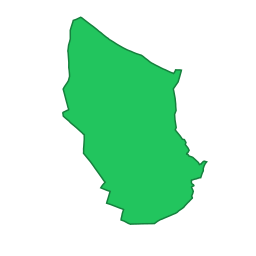 the district of Afaq, Al-Qādisiyyah, Iraq, rotated 198°
{"feature_id": "34846034B39567841057501", "entity_name": "Afaq", "entity_type": "district", "adm_level": 2, "iso_a3": "IRQ", "parent_name": "Iraq", "parent_adm1": "Al-Qādisiyyah", "projection": "mercator", "projection_center": [45.306, 32.022], "detail": "fine", "context": "isolated", "style": "filled", "palette": "green", "viewbox_px": 256, "rotation_deg": 198, "n_neighbors": 0, "source": "geoboundaries", "source_scale": "gbopen_adm2", "svg_char_len": 3079}
<svg xmlns="http://www.w3.org/2000/svg" viewBox="0 0 256 256"><g transform="rotate(198 128 128)"><path d="M177.4,112.5L175.2,111.5L171.9,110.0L170.4,109.4L168.7,108.4L167.7,108.3L166.6,105.2L166.1,103.7L164.5,97.5L163.8,94.4L162.9,91.9L162.5,90.2L157.5,87.0L153.4,84.4L148.6,80.9L147.5,80.0L144.9,78.1L141.5,75.6L139.9,74.4L137.6,72.7L134.9,70.6L133.0,69.4L134.5,65.9L135.0,64.3L135.4,62.7L132.8,62.5L128.6,62.2L126.4,62.2L125.4,62.2L125.2,54.4L125.2,51.7L125.1,49.9L121.0,49.9L113.9,49.5L110.5,49.3L108.5,49.3L107.0,49.1L107.0,45.0L106.6,41.8L106.5,39.9L106.2,38.4L103.0,38.3L98.2,37.4L95.8,37.3L94.9,37.8L93.6,38.2L89.6,39.6L88.7,39.9L86.3,40.8L82.3,42.2L75.5,44.5L73.3,45.3L72.3,46.7L71.1,48.4L69.7,50.0L69.0,50.8L67.5,51.9L66.1,53.2L64.5,54.6L62.5,56.3L60.2,58.3L58.1,60.2L56.5,61.5L55.2,63.0L54.1,65.0L51.9,67.8L50.5,69.8L49.9,71.5L48.6,74.3L47.9,75.8L47.3,76.8L46.6,78.4L45.6,80.4L45.2,81.0L45.2,81.3L45.5,82.1L46.2,82.2L46.5,83.1L46.4,83.5L46.2,85.7L46.3,86.7L46.3,87.8L47.0,88.8L48.9,90.8L49.3,91.4L48.8,92.3L47.6,93.3L47.6,93.7L48.3,94.3L49.5,94.5L50.2,94.9L50.8,95.6L51.1,96.6L51.5,97.6L51.5,98.1L50.8,98.4L50.2,98.9L48.7,100.0L47.5,100.6L46.6,101.4L45.9,101.7L45.7,102.2L44.8,102.6L44.2,103.0L43.5,103.2L43.5,107.5L43.4,108.8L43.2,110.1L43.2,110.7L43.5,111.4L43.6,112.0L43.9,112.6L43.9,113.5L43.9,114.6L43.9,115.5L43.7,116.8L43.5,118.2L43.0,119.3L42.7,120.1L43.7,120.1L45.3,120.0L46.1,119.3L46.5,118.4L47.1,117.2L47.3,116.4L47.9,116.2L48.8,115.3L50.4,116.9L54.9,119.0L57.4,120.1L59.1,120.2L60.7,120.2L61.6,120.3L62.1,120.9L62.8,121.2L63.7,121.3L64.1,121.3L64.3,122.0L63.5,123.0L63.0,125.7L64.9,127.6L67.9,129.6L68.4,130.1L68.4,132.1L70.8,134.4L72.8,134.1L75.9,136.5L81.8,140.3L82.5,140.8L82.3,143.3L85.9,150.4L87.9,155.4L87.7,159.5L89.3,163.3L90.1,165.6L92.4,170.8L95.7,176.9L97.0,179.2L94.6,187.3L94.7,191.9L95.0,198.7L95.1,199.4L95.1,199.5L96.4,199.3L98.9,198.5L100.7,198.0L100.7,196.8L101.1,195.1L101.5,193.9L102.8,194.1L104.4,194.1L106.9,194.4L110.7,194.9L112.6,195.0L115.4,195.4L119.0,196.0L119.9,196.1L122.3,196.5L124.8,197.0L125.7,197.0L126.3,197.3L127.9,197.7L129.0,198.2L130.9,198.9L133.5,199.8L135.7,200.7L136.8,201.0L137.6,201.3L138.3,201.3L139.7,201.3L143.2,201.3L146.2,201.5L148.7,201.8L152.6,202.0L155.9,202.5L157.7,202.8L162.5,203.8L164.8,204.3L168.4,205.3L170.1,205.7L171.7,206.1L173.0,206.3L174.6,207.1L176.2,207.5L178.1,208.2L180.5,209.1L183.3,210.3L185.6,211.0L188.1,212.1L192.1,213.6L197.2,215.3L202.5,217.2L206.0,218.5L207.2,218.7L208.9,217.1L210.9,215.2L213.3,213.4L213.2,211.8L213.2,207.1L213.1,203.1L210.4,194.9L210.2,191.9L210.1,188.5L209.8,186.9L209.4,185.0L209.0,182.7L208.1,180.9L206.3,176.4L204.5,172.0L203.0,167.2L201.6,164.3L200.2,160.9L199.5,159.0L199.3,154.4L199.9,152.0L201.2,147.6L201.7,145.0L199.6,141.8L197.3,138.2L194.4,133.7L192.8,131.3L191.6,129.3L190.3,127.7L190.2,127.0L190.6,126.6L191.8,125.5L193.4,123.9L194.4,123.0L194.6,122.7L194.6,122.1L194.0,121.0L193.5,119.9L193.2,119.3L191.5,118.5L186.1,116.3L184.4,115.3L181.7,114.2L180.1,113.6L178.7,113.0L177.4,112.5Z" fill="#22c55e" stroke="#15803d" stroke-width="1.5"/></g></svg>